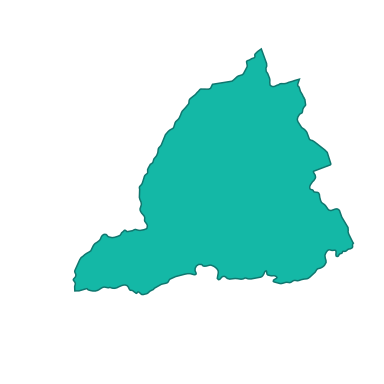 SVG path tracing the border of San Juan, rotated 253°
{"feature_id": "ARG-1273", "entity_name": "San Juan", "entity_type": "Province", "adm_level": 1, "iso_a3": "ARG", "parent_name": "Argentina", "parent_adm1": "", "projection": "robinson", "projection_center": [-68.983, -30.369], "detail": "fine", "context": "isolated", "style": "filled", "palette": "teal", "viewbox_px": 384, "rotation_deg": 253, "n_neighbors": 0, "source": "natural_earth", "source_scale": "10m", "svg_char_len": 5989}
<svg xmlns="http://www.w3.org/2000/svg" viewBox="0 0 384 384"><g transform="rotate(253 192 192)"><path d="M113.4,172.2L112.4,172.0L112.0,170.8L112.3,169.8L114.4,166.5L115.2,163.9L115.5,161.2L115.9,151.6L115.1,145.4L114.5,144.4L113.0,143.0L112.4,141.6L112.4,140.0L112.6,137.8L112.7,135.7L111.2,128.9L111.0,128.0L110.6,127.3L110.1,126.6L109.5,122.9L108.1,119.9L108.0,118.7L108.2,115.2L108.8,113.8L111.3,112.3L111.9,111.8L112.2,111.2L112.1,110.6L111.4,109.7L111.3,109.3L111.6,108.8L112.2,108.5L113.1,107.7L114.8,106.6L115.4,105.9L115.8,105.1L115.9,104.6L116.1,104.2L117.1,103.7L120.1,103.2L121.5,102.5L122.6,101.0L123.0,99.4L123.1,97.5L122.7,93.9L122.4,92.5L122.4,91.0L122.6,89.6L123.1,88.2L123.7,87.1L124.4,86.2L124.8,85.6L124.8,84.4L124.9,83.8L126.7,80.5L126.9,79.2L126.7,77.6L125.8,74.5L125.5,72.9L125.6,70.5L126.4,68.1L127.5,66.0L128.8,64.1L129.3,63.8L129.8,63.6L130.2,63.4L130.4,62.6L130.5,55.0L131.7,51.0L135.8,52.1L136.2,52.3L137.4,53.1L138.4,53.6L139.3,53.7L140.0,53.6L141.7,53.0L142.3,52.8L142.7,52.8L143.1,53.0L143.5,53.4L144.8,55.6L145.2,55.9L145.9,56.4L147.0,56.8L150.0,56.5L151.1,57.0L160.0,64.8L161.7,66.8L162.6,69.4L163.4,71.0L164.1,73.2L164.7,76.0L165.3,78.0L169.4,81.8L170.3,82.9L171.1,84.3L171.7,86.6L172.7,89.2L173.2,90.0L173.8,90.7L175.3,91.9L176.0,92.6L176.7,93.6L177.1,94.9L177.2,95.5L177.0,96.3L176.5,97.4L175.8,97.9L174.4,98.4L173.7,98.9L173.2,99.6L171.7,102.3L171.3,104.7L171.3,107.9L171.6,110.6L172.5,111.7L173.6,112.8L174.1,114.1L174.6,115.2L175.0,115.8L175.1,116.2L175.1,116.6L174.7,117.2L174.0,117.7L173.4,117.9L173.1,118.5L172.9,119.4L172.4,123.8L172.8,125.7L172.8,126.4L172.7,127.1L172.4,127.5L171.6,128.7L170.8,130.1L170.4,131.3L170.0,134.9L170.1,137.0L170.2,137.7L170.5,138.2L170.8,138.5L172.9,139.5L174.4,139.4L177.8,138.3L178.3,138.3L179.0,138.4L180.7,139.1L181.4,139.3L182.3,139.3L183.3,139.1L186.5,137.7L188.3,137.2L189.8,137.1L191.1,137.4L194.6,139.8L195.6,140.1L197.2,140.3L200.3,140.0L202.2,140.1L209.8,142.7L211.5,142.9L212.0,143.2L212.5,143.5L213.9,145.9L214.8,146.9L217.2,148.6L220.8,151.0L221.5,151.7L222.0,152.5L222.9,154.8L223.6,155.3L226.4,156.1L227.7,157.2L230.7,160.3L230.9,161.4L231.4,162.7L231.7,163.1L232.1,163.5L234.3,164.9L234.7,165.2L235.1,165.7L236.7,168.3L237.6,169.2L239.2,170.5L240.0,171.0L243.0,172.3L243.9,173.1L245.4,175.7L246.1,176.5L254.5,183.3L255.0,184.0L256.9,187.0L257.7,188.8L258.3,191.7L258.6,192.8L259.4,193.6L263.3,196.2L264.1,197.1L265.6,200.2L266.0,200.8L266.8,201.7L269.3,203.9L270.5,204.7L272.1,206.2L274.9,211.0L275.3,211.5L276.9,214.0L277.3,214.5L277.7,214.9L280.3,216.0L281.2,216.7L281.8,217.6L284.1,223.5L284.8,224.7L285.6,225.9L286.5,227.7L287.7,229.5L287.9,230.5L285.5,237.9L285.7,240.0L289.0,243.1L286.3,262.6L286.9,264.4L289.0,268.7L289.4,270.2L289.4,274.0L289.5,274.7L290.3,276.0L295.2,280.9L295.8,281.4L296.9,281.8L300.5,282.2L300.9,282.4L301.2,282.8L301.4,283.7L301.4,285.3L302.1,288.3L302.1,290.4L302.2,290.8L302.5,291.3L303.1,291.8L303.6,292.0L304.4,292.0L304.9,292.2L305.5,292.7L307.1,295.7L308.6,300.1L293.2,300.9L290.6,300.3L290.0,299.9L289.2,299.2L288.7,298.9L286.6,298.4L285.9,298.3L285.3,298.3L283.3,299.0L278.2,299.4L276.9,299.3L276.0,299.1L274.1,298.4L271.5,297.9L270.2,298.7L269.6,299.4L269.2,300.1L268.9,301.2L268.9,302.3L269.3,304.8L269.2,306.2L269.6,307.2L269.7,307.9L269.6,308.8L268.6,312.0L268.4,313.5L268.4,315.1L268.6,316.2L268.5,320.6L268.6,322.8L268.5,327.7L264.0,324.5L262.4,324.2L261.8,324.8L261.2,325.0L260.3,325.1L256.4,325.1L252.8,326.0L251.1,326.2L250.6,326.2L249.6,326.7L249.0,326.5L248.6,326.6L247.6,327.0L242.0,326.1L241.6,325.7L240.2,323.6L239.4,322.8L238.6,322.1L236.3,321.0L235.5,320.3L235.0,317.9L234.3,316.9L232.8,315.2L230.7,313.9L228.5,313.8L221.9,315.6L221.2,316.0L218.9,317.9L216.7,318.9L215.4,319.3L208.2,319.7L207.4,320.2L206.8,320.8L206.0,322.2L204.0,323.9L193.4,331.3L190.3,332.9L178.5,333.0L177.9,332.8L177.5,332.3L176.3,314.4L176.1,314.1L175.8,314.0L175.0,314.0L172.1,314.7L170.1,314.5L169.2,314.0L168.1,312.8L167.2,311.6L166.6,310.3L164.2,307.3L162.8,306.2L162.0,305.9L161.0,305.7L160.5,305.8L159.8,306.2L158.8,307.8L158.4,308.1L158.0,308.3L157.3,308.4L156.5,308.7L156.3,308.9L155.9,309.7L154.9,312.0L154.4,312.5L154.0,312.8L152.4,313.1L149.5,312.6L146.2,312.5L144.6,312.7L144.2,312.8L143.1,313.5L141.5,314.8L140.9,315.2L139.6,315.8L135.8,317.0L134.9,317.5L134.6,317.8L134.0,318.7L133.7,319.4L133.6,319.9L133.8,323.9L133.7,324.8L133.5,325.6L133.1,326.3L132.8,326.6L131.7,327.4L131.2,327.6L124.2,327.9L112.4,330.8L109.7,330.2L108.3,329.6L105.8,329.6L96.6,331.1L95.9,331.4L95.1,330.3L93.7,329.8L92.6,329.6L91.9,329.0L91.4,327.2L91.4,326.6L91.6,325.3L91.6,324.7L91.3,323.8L90.6,322.3L90.5,321.4L90.5,320.8L91.0,319.6L91.1,318.9L90.8,318.5L89.8,317.7L89.6,317.0L89.6,315.6L89.5,315.1L89.1,314.4L88.1,313.4L87.8,312.7L87.9,311.9L88.7,311.1L90.0,311.3L92.6,312.3L94.1,312.3L94.6,311.6L95.1,309.0L95.7,307.9L96.3,307.1L96.7,306.1L96.5,304.8L95.8,303.6L94.6,302.2L93.3,301.1L92.3,300.5L89.7,300.1L87.4,300.1L85.4,299.6L83.2,297.3L82.5,296.0L82.0,294.4L81.7,292.7L81.8,289.6L81.2,288.5L79.3,286.3L76.1,279.7L75.5,277.9L75.4,276.6L76.0,273.5L76.2,270.8L76.1,268.2L76.3,266.8L77.4,264.6L77.6,263.3L77.2,261.7L76.8,260.4L76.7,259.0L78.0,256.2L78.2,254.9L78.2,252.2L78.3,250.7L78.6,249.6L82.0,244.2L82.7,243.6L83.9,244.2L84.4,245.8L84.7,247.4L85.4,248.3L86.3,248.0L87.3,247.1L88.0,246.0L88.5,243.8L89.1,242.5L90.5,240.2L91.6,239.7L94.2,240.1L94.9,239.9L94.8,238.9L94.1,238.0L92.3,236.4L91.3,235.2L90.7,234.1L90.5,232.8L91.6,223.0L92.5,220.4L92.8,219.9L93.9,218.4L94.2,217.6L94.2,216.9L94.0,216.1L94.0,215.2L94.2,213.8L94.6,212.7L95.7,210.5L96.7,208.0L97.7,202.5L99.0,200.5L100.0,199.8L101.0,199.3L101.7,198.5L102.2,197.1L101.9,195.6L100.3,193.0L100.4,191.7L102.0,190.9L107.0,193.5L109.1,194.0L111.2,193.4L113.0,192.4L114.6,191.1L116.2,189.2L116.8,188.0L116.9,186.7L117.0,184.0L117.3,182.6L117.5,182.0L117.8,181.4L118.3,180.8L119.5,180.3L120.0,179.8L120.8,177.2L120.0,174.6L118.1,172.7L115.8,171.9L113.4,172.2Z" fill="#14b8a6" stroke="#0f766e" stroke-width="1.5"/></g></svg>